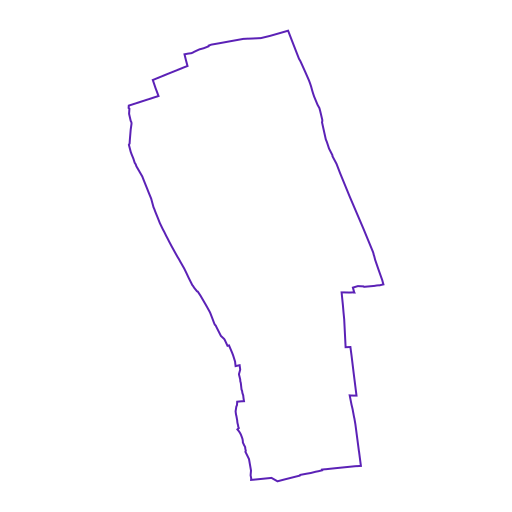 Jorasti, Galati, Romania
{"feature_id": "2599482B93588998521445", "entity_name": "Jorasti", "entity_type": "district", "adm_level": 2, "iso_a3": "ROU", "parent_name": "Romania", "parent_adm1": "Galati", "projection": "mercator", "projection_center": [27.867, 45.988], "detail": "fine", "context": "isolated", "style": "outline", "palette": "violet", "viewbox_px": 512, "rotation_deg": 0, "n_neighbors": 0, "source": "geoboundaries", "source_scale": "gbopen_adm2", "svg_char_len": 3418}
<svg xmlns="http://www.w3.org/2000/svg" viewBox="0 0 512 512"><path d="M277.5,481.3L279.0,480.9L284.3,479.5L299.8,475.6L300.2,474.9L306.6,473.7L309.6,473.2L310.8,473.0L315.8,471.7L318.5,471.2L320.5,470.7L322.1,470.3L322.0,469.6L324.5,469.3L326.1,469.2L329.7,468.8L336.4,468.1L355.3,466.2L357.7,466.1L360.9,465.9L359.0,451.4L358.9,451.0L355.4,424.4L355.3,423.8L355.2,423.2L354.4,418.5L354.1,417.3L353.6,414.7L353.4,413.5L353.1,412.0L352.6,409.2L351.5,404.6L349.7,395.4L350.8,395.5L354.0,395.6L356.5,395.6L353.7,373.4L351.6,356.1L350.4,347.0L345.6,347.2L345.1,337.2L344.2,319.4L343.5,312.2L342.9,305.2L341.6,292.4L341.9,292.4L344.0,292.4L347.7,292.5L350.6,292.5L352.8,292.4L353.5,292.5L354.3,292.5L354.2,292.3L352.9,287.6L353.9,287.3L357.9,286.1L363.5,286.4L363.8,286.7L364.1,286.8L364.3,286.8L374.4,285.9L377.2,285.4L377.3,285.4L379.7,285.3L381.6,284.8L383.4,284.4L382.2,280.0L381.8,278.9L378.4,269.3L375.1,259.7L374.6,257.7L374.2,256.1L373.7,254.7L373.5,253.6L373.0,252.0L363.5,228.9L349.7,196.6L340.1,173.2L336.5,163.8L332.5,156.3L332.4,155.2L329.0,148.5L328.0,145.4L326.8,141.8L325.8,139.4L322.9,126.3L322.0,122.2L322.2,121.5L322.3,121.2L322.3,120.0L321.1,114.9L320.3,111.5L319.4,108.1L317.5,104.7L316.1,101.3L314.1,96.5L313.0,93.2L312.1,90.2L311.1,86.5L310.0,83.2L309.0,80.5L305.9,73.4L302.0,64.7L300.3,61.0L299.0,58.8L291.8,40.3L288.1,30.7L281.9,32.5L270.0,35.9L260.9,38.1L250.6,38.6L247.0,38.7L243.3,38.9L228.3,41.6L219.6,43.2L211.5,44.6L211.1,44.7L208.7,45.6L208.7,45.9L208.6,46.3L207.6,46.7L204.8,47.8L203.8,48.2L200.5,49.1L199.6,49.3L196.1,50.9L193.8,52.0L192.8,52.6L191.3,53.2L188.1,53.6L184.5,54.3L185.9,60.0L187.5,66.0L184.1,67.3L167.7,73.9L152.8,80.0L154.2,84.1L155.6,88.3L156.8,91.4L158.5,96.0L128.8,105.6L128.6,108.0L129.4,108.7L129.1,113.6L129.1,113.9L130.7,120.9L131.2,121.8L131.5,122.9L131.5,123.9L130.7,129.6L130.0,137.9L129.8,140.3L129.6,143.5L128.9,144.8L130.7,151.8L131.6,154.3L133.4,158.7L134.7,162.8L135.7,164.3L136.4,166.3L142.3,176.5L142.6,177.3L143.9,180.6L147.6,189.8L147.9,190.6L148.9,193.1L151.0,198.2L151.2,198.7L153.5,207.2L154.5,209.5L154.9,210.7L155.6,212.5L158.0,218.4L159.8,223.0L162.4,228.4L163.0,229.6L164.2,231.8L166.3,236.1L167.9,239.1L169.2,241.7L171.8,246.6L172.7,248.2L174.4,251.3L175.5,253.3L177.7,257.2L178.9,259.1L180.3,261.7L184.2,268.5L186.3,272.8L188.5,277.5L188.9,278.3L192.3,285.1L193.0,285.9L194.2,287.8L197.0,291.3L197.8,291.6L200.5,295.7L206.2,305.5L209.7,311.8L210.3,313.1L212.2,318.0L214.0,322.8L214.8,324.7L215.4,325.2L215.7,325.5L216.4,327.0L220.9,335.9L224.2,339.0L224.8,340.0L227.5,345.8L229.0,345.4L232.1,352.7L233.1,355.3L235.1,361.7L235.2,362.9L235.6,366.1L239.6,365.2L240.2,369.6L239.0,374.0L239.0,374.5L239.6,377.0L240.2,379.5L240.3,381.2L240.8,383.0L241.5,389.4L242.1,391.0L242.4,393.0L243.2,395.4L243.5,398.1L244.0,401.2L241.5,401.3L239.2,401.5L237.2,401.7L237.0,405.0L236.3,406.7L235.6,411.3L235.8,413.1L236.1,415.0L236.3,415.6L236.6,417.2L237.2,420.5L237.3,421.8L237.5,423.1L237.8,424.3L238.1,425.5L238.2,426.5L238.8,428.1L237.4,429.4L238.4,430.6L239.0,431.4L239.5,432.1L240.1,433.1L240.9,434.6L241.3,435.7L241.8,437.0L242.4,438.7L242.6,439.6L242.8,440.9L242.9,442.6L243.5,443.8L244.0,445.0L244.7,446.2L245.2,447.3L245.2,447.9L245.3,448.8L245.8,450.8L245.4,451.8L247.2,455.4L249.0,459.1L251.0,470.6L250.6,475.3L251.2,478.3L251.1,479.9L253.5,479.7L262.5,478.8L271.5,477.9L274.5,479.6L277.5,481.3Z" fill="none" stroke="#5b21b6" stroke-width="2"/></svg>